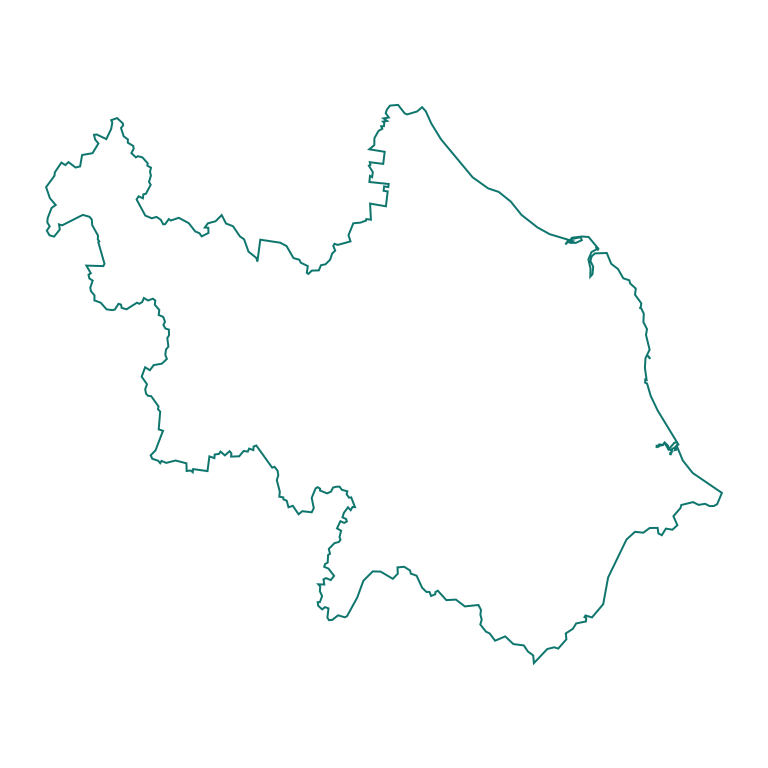 the district of Bundaberg, Queensland, Australia
{"feature_id": "25037944B53664742087650", "entity_name": "Bundaberg", "entity_type": "district", "adm_level": 2, "iso_a3": "AUS", "parent_name": "Australia", "parent_adm1": "Queensland", "projection": "robinson", "projection_center": [152.268, -24.973], "detail": "fine", "context": "isolated", "style": "outline", "palette": "teal", "viewbox_px": 768, "rotation_deg": 0, "n_neighbors": 0, "source": "geoboundaries", "source_scale": "gbopen_adm2", "svg_char_len": 6073}
<svg xmlns="http://www.w3.org/2000/svg" viewBox="0 0 768 768"><path d="M677.4,525.2L673.4,516.2L680.5,508.0L681.3,505.0L693.1,502.1L698.6,504.9L705.1,503.8L709.6,506.1L713.9,506.0L717.2,504.1L721.9,492.9L692.7,473.0L682.8,460.5L676.6,445.5L674.8,447.6L675.6,448.6L675.1,449.6L675.5,449.4L675.7,449.5L675.7,449.8L676.1,449.6L676.1,449.8L675.7,449.9L675.6,449.5L675.2,449.8L675.0,449.6L674.6,447.7L672.1,448.9L671.7,452.5L670.4,453.1L670.9,454.0L670.7,454.4L670.2,454.3L670.0,455.1L670.4,452.9L671.6,452.3L671.2,449.9L668.6,449.7L664.6,442.8L663.1,445.0L660.4,445.6L659.0,444.6L659.5,445.0L659.5,445.7L658.6,446.7L658.1,446.6L657.5,445.9L656.8,445.8L657.0,446.9L656.3,447.7L656.8,445.8L657.6,445.8L658.5,446.6L659.4,445.7L658.9,444.7L659.2,444.4L662.8,444.9L664.6,442.4L667.9,445.6L668.8,449.2L674.4,442.7L677.1,442.4L678.9,445.4L657.6,410.4L650.7,395.9L647.1,383.6L645.1,382.6L645.3,379.5L646.6,380.0L644.9,367.8L645.5,358.2L649.6,349.6L646.0,335.0L647.0,329.1L643.4,322.1L643.8,313.7L641.1,308.1L639.3,308.0L640.6,307.8L641.3,303.3L635.0,294.7L635.8,288.6L630.2,283.5L629.3,280.3L623.3,278.3L618.0,269.0L611.2,263.8L606.8,253.0L594.9,253.4L591.7,256.4L590.4,260.9L593.2,266.7L592.5,274.2L590.3,276.7L590.5,268.5L588.4,259.5L591.5,252.1L597.4,248.8L595.5,247.0L597.5,248.3L597.8,250.4L598.4,248.7L588.6,237.0L582.2,236.5L572.1,237.7L570.7,239.3L580.6,237.2L581.8,240.2L575.7,242.9L570.6,242.9L567.9,241.9L565.4,244.5L567.7,241.0L570.3,242.4L572.8,241.1L549.7,234.2L537.3,227.3L521.5,214.9L510.7,201.5L498.7,191.9L488.2,188.4L472.6,177.3L441.0,139.3L431.3,123.5L425.8,111.3L422.1,107.2L417.0,111.5L407.2,114.4L404.7,113.4L398.1,104.9L390.0,105.6L386.9,109.6L385.7,113.1L388.8,117.5L383.5,118.4L387.1,120.9L383.0,121.6L384.3,123.0L383.9,126.2L381.2,126.3L382.3,128.8L378.5,130.9L374.4,138.2L374.3,145.1L369.3,149.3L384.7,151.8L383.2,163.9L369.8,162.2L370.4,164.9L368.9,165.7L372.8,172.1L372.1,177.1L370.0,175.9L369.4,182.0L388.7,184.0L388.3,187.1L384.1,186.4L383.6,190.8L387.7,191.4L385.9,206.3L370.1,203.6L370.9,219.7L366.3,219.1L366.0,220.6L360.5,222.6L353.3,223.3L348.5,235.2L350.5,241.4L337.8,244.9L334.5,243.8L333.3,245.9L335.2,250.6L332.2,253.5L330.1,259.7L325.5,264.3L321.0,265.2L318.8,270.4L311.8,270.6L308.4,273.9L306.8,272.8L307.8,266.1L300.8,262.7L299.3,259.7L293.5,258.1L286.5,246.0L280.2,242.7L260.3,239.7L257.4,261.6L256.3,257.9L248.5,251.6L244.1,239.3L239.9,236.4L233.0,226.2L226.0,223.5L221.7,215.1L215.5,221.3L207.9,223.3L204.8,227.5L208.3,227.8L208.5,232.9L201.7,236.4L199.4,233.2L195.2,231.4L188.8,223.2L178.8,217.8L170.9,220.5L168.8,219.1L165.2,224.1L163.2,224.3L160.8,219.8L156.5,216.9L151.8,218.3L145.3,215.6L136.6,199.5L138.6,196.3L142.9,198.3L143.4,194.3L145.9,193.8L150.7,184.8L149.0,181.9L150.9,175.7L150.0,171.7L151.0,167.7L147.4,165.7L147.7,163.3L142.4,157.4L137.9,156.2L135.9,157.4L131.4,153.1L133.7,148.7L133.2,145.9L127.8,142.7L127.9,139.5L123.7,136.3L121.0,128.0L123.1,125.4L122.8,123.3L117.1,118.1L111.2,120.2L112.3,122.5L111.2,128.9L106.3,139.1L96.8,134.5L94.0,134.8L95.1,139.4L98.4,143.5L92.5,153.2L82.1,155.0L80.1,166.4L75.5,167.5L68.5,162.1L65.4,165.1L61.4,162.6L54.8,172.4L54.5,175.7L46.1,187.1L49.9,198.2L55.7,205.0L51.6,207.9L47.7,218.0L47.3,222.4L49.7,226.4L46.8,230.7L49.5,235.3L54.1,236.6L59.8,229.5L59.0,224.4L62.2,225.3L82.8,214.9L89.5,216.8L91.8,219.5L92.2,225.1L98.0,235.6L97.8,239.4L99.3,241.4L98.3,242.2L104.5,263.8L103.3,266.1L86.4,265.6L90.8,273.3L88.5,274.7L89.4,278.5L92.7,280.6L90.3,287.6L90.9,291.1L94.5,295.4L94.4,300.4L100.7,302.7L106.6,309.4L112.5,310.1L114.8,309.6L118.5,303.8L121.0,304.6L121.7,307.9L126.5,309.3L137.0,302.7L139.3,303.8L142.2,302.0L143.9,298.0L148.0,300.5L152.9,298.7L155.3,300.5L154.8,304.7L159.3,310.0L158.7,315.0L163.2,316.9L165.0,321.7L163.4,325.0L165.4,328.5L168.9,329.6L169.0,335.4L167.3,338.0L168.4,346.6L166.0,349.5L165.3,354.8L166.9,358.9L161.8,363.7L153.7,365.1L149.9,370.2L145.1,367.3L141.7,376.7L147.0,384.3L145.2,389.2L146.0,393.5L147.8,395.7L151.2,396.2L158.5,406.4L158.0,409.2L160.2,411.6L158.7,429.4L163.0,430.8L155.5,450.4L150.7,455.3L152.3,458.8L158.1,460.7L160.2,463.2L161.5,460.9L166.3,462.9L175.5,460.5L186.4,463.3L186.7,471.0L190.8,470.5L192.7,472.2L193.1,469.1L207.5,471.1L209.4,456.4L214.4,458.1L214.7,454.5L219.0,453.9L220.5,451.6L224.9,455.4L229.6,451.2L231.4,453.3L231.1,456.6L239.2,456.3L243.6,451.0L247.8,451.6L249.1,448.6L253.3,450.1L253.6,446.5L256.3,445.5L272.2,467.7L274.5,466.8L277.6,470.7L278.3,475.4L276.8,480.1L279.8,491.7L279.3,496.7L283.3,497.4L283.4,499.4L286.7,500.7L288.5,507.3L292.8,505.8L298.6,514.3L302.3,511.2L311.7,512.3L313.8,508.1L311.7,497.9L315.6,488.4L317.7,487.2L320.1,488.7L320.0,490.5L327.1,493.4L331.0,491.6L333.1,487.5L336.1,486.8L339.5,486.6L341.9,489.8L347.3,491.3L346.6,494.3L349.1,497.7L351.2,497.4L355.0,507.2L352.5,507.0L350.7,510.2L348.0,507.3L343.9,512.8L342.5,517.3L346.2,519.1L346.8,521.5L344.2,522.9L340.4,521.2L337.0,528.4L341.1,530.7L339.5,537.2L340.5,539.8L338.8,542.0L334.5,543.1L328.8,548.9L330.0,553.8L328.1,555.0L327.7,562.5L325.0,564.1L324.2,566.8L328.5,568.6L334.1,575.9L330.7,580.1L326.1,578.1L323.5,579.3L324.3,584.5L318.3,584.3L320.2,586.5L319.9,591.3L322.1,596.1L319.9,602.1L317.7,602.2L318.2,605.8L322.2,609.4L325.0,607.1L328.5,608.4L327.4,617.6L329.0,620.2L332.4,619.8L338.1,615.3L344.8,617.3L347.0,616.2L357.3,597.4L363.4,580.7L372.8,571.4L380.6,571.6L392.8,578.8L397.8,573.7L397.5,567.4L404.2,566.8L410.1,570.5L410.8,573.6L416.6,575.7L422.1,587.7L426.4,591.9L429.5,592.0L431.1,596.0L435.2,594.3L435.5,592.0L437.8,590.7L446.3,600.1L455.9,599.6L464.8,606.4L478.4,605.0L481.0,609.9L480.4,614.6L481.7,619.7L480.3,624.5L485.9,631.6L489.7,633.5L495.1,640.7L505.2,636.4L513.4,644.1L523.8,645.4L527.9,651.5L533.2,655.4L533.9,663.1L547.3,649.0L554.2,647.3L558.2,648.6L566.4,639.3L565.8,633.4L572.8,628.9L576.2,623.4L585.9,621.5L586.2,618.0L584.5,617.1L585.5,615.5L592.0,617.4L603.2,604.2L608.1,577.5L626.5,539.5L635.0,531.8L643.3,532.7L649.7,528.0L657.6,527.9L658.4,533.4L661.8,535.2L665.9,528.6L672.4,529.7L677.4,525.2ZM649.5,357.5L647.7,355.7L650.1,358.9L649.5,357.5Z" fill="none" stroke="#0f766e" stroke-width="2"/></svg>